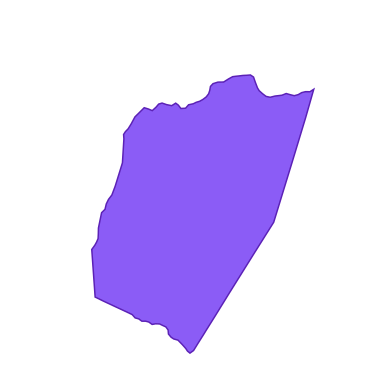 outline of Fátima, Bahia, Brazil, rotated 26°
{"feature_id": "56859067B62800644431285", "entity_name": "Fátima", "entity_type": "district", "adm_level": 2, "iso_a3": "BRA", "parent_name": "Brazil", "parent_adm1": "Bahia", "projection": "orthographic", "projection_center": [-38.212, -10.587], "detail": "fine", "context": "isolated", "style": "filled", "palette": "violet", "viewbox_px": 384, "rotation_deg": 26, "n_neighbors": 0, "source": "geoboundaries", "source_scale": "gbopen_adm2", "svg_char_len": 1363}
<svg xmlns="http://www.w3.org/2000/svg" viewBox="0 0 384 384"><g transform="rotate(26 192 192)"><path d="M260.8,337.7L262.9,333.8L263.7,325.7L264.9,314.9L265.3,310.7L267.2,292.9L268.2,282.8L268.7,277.9L269.8,266.7L274.6,221.2L278.7,183.4L268.8,120.5L261.6,75.7L256.4,46.3L254.0,50.2L250.0,52.1L247.0,54.6L244.8,57.9L241.7,60.6L237.5,61.5L233.5,62.2L230.4,65.6L224.5,69.4L220.7,72.6L216.6,73.6L212.2,72.7L208.0,71.5L205.3,69.8L200.8,65.6L196.9,61.7L193.2,61.2L190.0,63.1L186.7,64.9L184.1,66.6L180.6,68.8L178.0,70.5L175.3,74.3L172.2,79.3L167.1,81.9L163.4,85.4L162.3,89.0L163.4,92.8L163.9,96.4L163.1,100.3L161.3,103.9L159.1,107.1L156.4,109.6L154.5,112.1L150.7,115.1L149.5,119.5L145.4,121.8L141.6,119.9L138.4,119.3L135.9,123.3L130.9,124.6L126.1,125.2L123.5,127.6L122.5,131.5L120.6,136.3L116.5,136.5L112.1,137.2L107.8,149.5L107.5,157.3L106.9,163.2L105.7,166.9L105.3,170.3L107.5,174.1L116.7,196.3L120.4,220.3L121.3,229.8L120.2,235.2L120.2,240.3L121.4,245.7L119.8,250.2L123.7,265.4L126.1,270.6L128.0,275.0L128.2,278.8L128.0,282.4L127.1,287.6L151.0,328.9L160.5,328.9L192.0,328.4L196.1,330.1L199.7,329.4L203.6,330.1L206.8,328.5L210.1,327.8L214.2,328.5L217.1,326.4L220.7,324.8L224.5,324.8L227.6,324.7L231.0,326.5L233.1,330.0L236.9,331.7L240.0,332.1L244.3,331.3L249.9,333.3L255.0,335.4L257.7,337.0L260.8,337.7Z" fill="#8b5cf6" stroke="#5b21b6" stroke-width="1.5"/></g></svg>